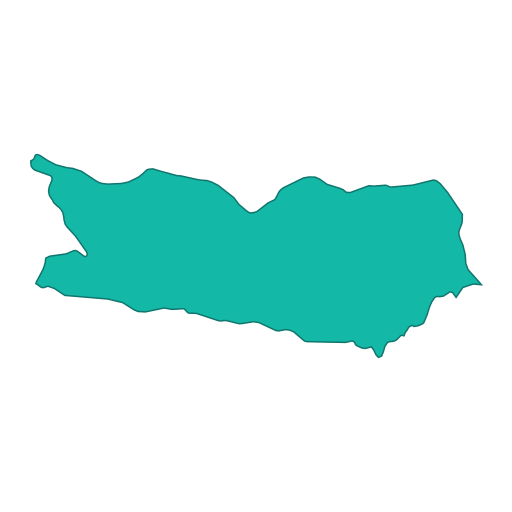 an SVG outline of Kärnten
{"feature_id": "AUT-2325", "entity_name": "Kärnten", "entity_type": "State", "adm_level": 1, "iso_a3": "AUT", "parent_name": "Austria", "parent_adm1": "", "projection": "orthographic", "projection_center": [13.787, 46.758], "detail": "fine", "context": "isolated", "style": "filled", "palette": "teal", "viewbox_px": 512, "rotation_deg": 0, "n_neighbors": 0, "source": "natural_earth", "source_scale": "10m", "svg_char_len": 2701}
<svg xmlns="http://www.w3.org/2000/svg" viewBox="0 0 512 512"><path d="M42.2,287.6L40.5,286.9L37.2,284.3L35.8,283.6L36.6,281.5L42.9,269.7L44.3,265.9L45.2,262.7L45.8,258.1L49.7,256.2L66.1,253.9L73.5,250.8L75.6,250.5L77.5,251.3L84.0,256.2L85.4,256.5L86.1,256.4L86.7,255.8L87.0,255.1L87.2,254.5L87.3,253.6L86.3,251.5L75.5,236.1L67.2,227.1L65.3,224.4L64.1,220.2L63.7,216.6L62.9,212.9L61.5,210.1L59.3,207.6L57.4,206.2L53.8,202.7L52.3,199.7L50.5,197.3L49.3,195.0L48.8,192.4L48.6,191.2L48.7,190.0L49.0,188.1L49.5,186.1L51.8,180.6L52.1,177.8L50.6,175.7L35.0,170.2L32.6,168.3L31.2,166.1L30.7,161.0L33.1,159.6L33.8,158.9L34.4,158.0L34.6,157.3L34.8,156.4L35.1,155.7L35.6,155.0L36.5,154.6L38.1,154.7L40.5,155.8L47.6,160.5L55.8,164.8L66.9,167.7L72.8,168.4L81.5,171.3L95.9,180.8L98.9,182.5L102.3,183.5L107.7,184.1L121.4,183.5L128.5,182.0L138.1,177.4L142.3,174.2L146.9,169.8L149.7,169.1L153.0,168.9L160.2,171.1L176.9,175.6L180.8,175.9L199.0,179.9L207.1,180.6L211.7,182.1L218.2,185.4L233.8,197.6L239.1,204.6L246.1,210.5L248.6,212.3L250.3,213.0L253.6,212.6L256.9,211.6L268.1,202.9L274.9,199.6L277.6,194.8L278.4,192.9L279.2,191.6L280.7,189.8L283.5,187.7L303.3,178.0L308.7,177.0L315.1,177.1L319.8,179.2L327.1,184.4L340.1,188.4L343.2,189.8L345.1,191.3L345.6,192.0L347.2,192.4L350.4,192.5L368.9,185.7L373.9,186.1L385.7,185.2L390.6,187.1L413.0,185.1L433.1,180.1L435.9,180.5L437.7,181.7L440.4,183.9L447.7,192.6L462.4,214.4L462.1,222.3L461.1,225.6L460.0,228.0L459.0,231.3L458.8,232.8L459.1,235.2L460.1,238.7L462.9,245.1L465.2,254.5L465.8,263.4L468.1,269.7L479.7,282.7L481.2,284.6L481.3,284.7L477.6,284.4L473.3,284.0L462.8,287.5L456.1,297.4L452.5,292.4L449.9,291.9L447.3,293.6L443.4,296.1L442.7,296.2L439.6,296.7L437.0,296.4L434.7,297.4L431.7,302.0L429.7,306.5L428.3,310.8L427.1,314.9L425.2,319.4L423.7,322.8L422.7,323.7L418.7,325.6L414.0,326.5L412.4,325.3L409.3,326.7L408.2,328.0L407.3,329.8L405.2,332.5L404.0,335.8L402.6,335.5L401.5,335.3L400.7,335.6L397.0,339.5L395.1,340.7L393.3,341.3L389.3,341.7L387.5,342.5L384.9,346.4L383.4,351.6L382.5,353.9L381.7,356.0L378.5,357.4L376.1,354.9L373.9,350.3L371.4,346.9L365.1,348.5L362.0,348.0L359.4,346.9L356.3,345.4L355.3,344.2L354.7,342.7L353.8,341.5L351.8,341.0L345.6,342.4L323.6,342.0L306.6,341.6L306.3,341.5L304.3,340.9L293.9,332.0L291.2,330.7L288.2,329.8L285.0,329.7L281.8,330.3L278.8,330.9L275.8,330.5L259.0,322.6L253.5,321.7L241.6,323.6L239.1,323.7L226.9,320.7L224.2,320.5L221.3,321.0L218.5,320.7L196.4,313.4L188.6,313.1L187.2,312.1L184.6,309.2L183.3,308.7L172.1,309.4L164.1,308.0L145.4,311.9L138.0,311.5L134.2,309.9L122.6,302.6L107.6,299.0L64.8,295.4L54.4,288.5L49.9,286.9L48.3,286.3L46.8,286.5L43.9,287.6L42.2,287.6Z" fill="#14b8a6" stroke="#0f766e" stroke-width="1.5"/></svg>